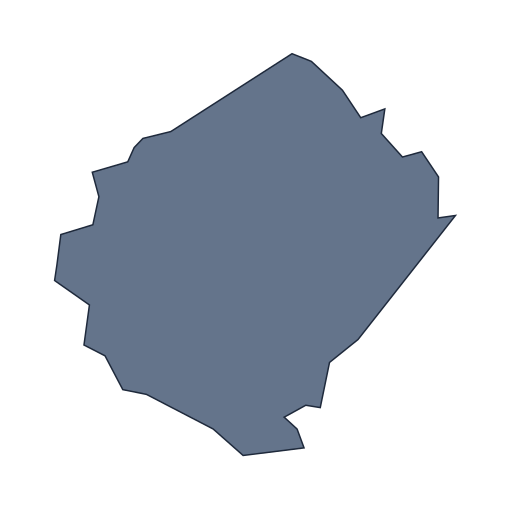 Appomattox, Virginia, United States of America, rotated 83°
{"feature_id": "52423323B11653599208682", "entity_name": "Appomattox", "entity_type": "district", "adm_level": 2, "iso_a3": "USA", "parent_name": "United States of America", "parent_adm1": "Virginia", "projection": "albers", "projection_center": [-78.811, 37.377], "detail": "fine", "context": "isolated", "style": "filled", "palette": "slate", "viewbox_px": 512, "rotation_deg": 83, "n_neighbors": 0, "source": "geoboundaries", "source_scale": "gbopen_adm2", "svg_char_len": 594}
<svg xmlns="http://www.w3.org/2000/svg" viewBox="0 0 512 512"><g transform="rotate(83 256 256)"><path d="M240.1,53.1L240.4,70.7L199.8,65.2L172.7,78.9L175.6,98.6L149.7,116.7L125.7,110.2L131.5,135.2L102.0,150.0L69.6,177.3L59.6,195.6L122.1,325.4L125.5,353.9L133.5,363.7L146.9,371.8L152.9,408.3L178.0,404.7L205.1,414.1L210.9,447.1L241.0,454.8L255.8,458.9L284.3,427.3L323.4,437.6L336.7,418.0L372.4,404.5L380.0,381.6L422.5,319.6L452.4,293.1L452.3,231.7L432.8,236.3L419.4,247.7L410.2,224.8L414.3,210.7L370.6,196.0L351.3,164.9L240.1,53.1Z" fill="#64748b" stroke="#1e293b" stroke-width="1.5"/></g></svg>